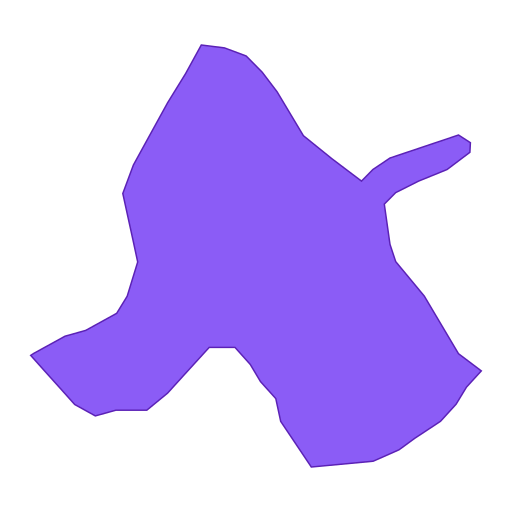 Kanggye City, Chagang-do, North Korea
{"feature_id": "82179303B59934044847437", "entity_name": "Kanggye City", "entity_type": "district", "adm_level": 2, "iso_a3": "PRK", "parent_name": "North Korea", "parent_adm1": "Chagang-do", "projection": "mercator", "projection_center": [126.593, 40.947], "detail": "fine", "context": "isolated", "style": "filled", "palette": "violet", "viewbox_px": 512, "rotation_deg": 0, "n_neighbors": 0, "source": "geoboundaries", "source_scale": "gbopen_adm2", "svg_char_len": 884}
<svg xmlns="http://www.w3.org/2000/svg" viewBox="0 0 512 512"><path d="M201.3,45.0L185.6,73.6L167.7,102.6L149.1,136.4L133.4,165.0L122.8,193.5L127.8,216.4L132.8,239.2L137.7,262.0L127.2,296.2L116.7,313.3L85.7,330.4L65.0,336.2L33.9,353.3L30.7,355.4L44.1,370.4L59.4,387.4L74.7,404.5L87.9,411.8L95.3,415.9L115.9,410.2L131.4,410.2L146.8,410.2L167.6,393.1L183.2,375.9L193.6,364.5L209.2,347.4L235.0,347.4L250.3,364.5L260.5,381.6L275.8,398.6L280.7,421.4L296.0,444.2L311.3,467.0L373.2,461.2L399.0,449.8L414.6,438.4L440.5,421.3L456.1,404.2L466.5,387.1L481.3,370.9L458.5,353.7L441.4,324.9L424.3,296.1L395.7,261.6L390.0,244.4L384.3,204.1L395.7,192.6L418.6,181.1L447.1,169.5L469.9,152.3L470.4,142.7L458.5,135.0L424.3,146.5L390.0,158.0L372.9,169.5L361.5,181.1L332.0,158.8L303.4,135.7L277.1,91.8L262.2,72.2L246.2,56.0L224.5,47.9L201.3,45.0Z" fill="#8b5cf6" stroke="#5b21b6" stroke-width="1.5"/></svg>